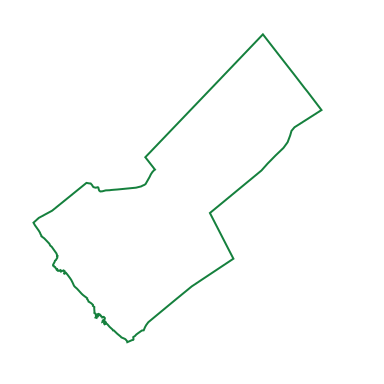 Lotofaga, Atua, Samoa (Natural Earth projection), rotated 51°
{"feature_id": "51752279B14441590630946", "entity_name": "Lotofaga", "entity_type": "district", "adm_level": 2, "iso_a3": "WSM", "parent_name": "Samoa", "parent_adm1": "Atua", "projection": "natural_earth1", "projection_center": [-171.572, -14.0], "detail": "fine", "context": "isolated", "style": "outline", "palette": "green", "viewbox_px": 384, "rotation_deg": 51, "n_neighbors": 0, "source": "geoboundaries", "source_scale": "gbopen_adm2", "svg_char_len": 2194}
<svg xmlns="http://www.w3.org/2000/svg" viewBox="0 0 384 384"><g transform="rotate(51 192 192)"><path d="M116.1,334.5L119.0,335.0L125.5,335.4L127.8,335.7L129.3,336.2L131.2,336.5L131.6,336.9L135.0,336.0L142.4,335.4L144.4,335.9L146.2,335.5L151.0,335.8L154.4,336.0L156.1,336.6L156.9,337.3L157.2,336.9L158.4,338.2L158.9,339.8L159.2,340.4L159.2,341.8L159.8,342.6L161.1,345.7L161.8,346.3L162.5,345.9L163.4,346.1L164.3,345.6L165.8,346.0L166.8,345.3L167.5,346.1L168.8,345.8L169.0,344.9L169.7,344.9L170.0,343.4L171.4,343.8L171.5,342.5L172.2,341.8L172.2,341.1L173.6,340.8L174.8,342.7L175.2,342.6L175.6,340.8L178.0,340.8L182.4,341.0L184.4,341.2L187.2,341.8L190.6,342.7L191.9,342.7L194.8,342.2L201.7,341.8L203.7,341.5L208.6,340.3L209.2,340.9L210.8,340.9L212.1,341.4L212.9,341.0L215.2,340.3L217.4,340.0L218.1,340.7L219.9,340.3L221.0,341.3L223.9,343.3L224.5,344.0L225.6,343.6L227.4,344.2L228.0,344.9L228.9,345.0L229.0,345.9L229.8,345.4L229.0,344.2L229.5,343.7L229.2,342.6L227.8,343.7L227.3,343.1L227.9,341.3L229.3,340.7L230.2,340.9L230.7,340.6L231.5,340.9L232.3,340.5L233.0,340.7L233.3,339.4L233.8,339.1L235.2,339.1L235.9,340.0L235.7,342.2L236.6,343.4L237.5,341.1L238.7,341.0L238.5,342.4L238.9,343.1L239.8,343.2L240.1,342.3L239.9,341.4L241.6,341.0L245.1,340.9L248.9,340.3L249.8,340.5L250.3,339.9L255.1,339.3L259.5,338.4L260.5,338.4L263.7,336.7L264.5,336.4L266.8,336.3L268.0,336.8L269.3,332.0L269.9,330.7L269.7,330.2L267.8,329.0L268.0,326.7L267.7,325.1L267.8,322.6L268.1,318.1L269.1,316.6L267.5,313.6L266.6,311.4L265.7,307.9L265.5,290.2L265.3,270.9L265.2,251.5L269.9,201.8L260.2,199.8L247.3,197.1L219.6,191.3L219.0,124.5L217.5,115.4L216.2,104.0L215.3,93.2L213.5,86.4L209.9,80.2L207.1,76.2L206.2,71.6L209.8,39.8L186.5,39.1L181.9,39.1L166.1,38.7L138.7,38.2L114.1,37.7L123.9,114.3L135.6,206.4L151.3,206.7L151.2,207.8L151.6,210.4L152.4,212.9L153.6,215.4L156.6,223.1L156.5,224.5L155.9,226.6L155.7,227.9L153.4,232.8L143.5,247.8L139.8,253.2L138.7,255.0L136.4,258.1L135.1,261.1L133.9,262.9L132.7,263.2L131.7,263.0L129.6,262.0L129.0,262.2L128.1,264.1L126.7,265.2L125.6,265.6L123.8,265.3L121.6,265.4L120.7,266.4L118.5,268.3L118.5,312.5L115.7,327.3L116.1,334.5Z" fill="none" stroke="#15803d" stroke-width="2"/></g></svg>